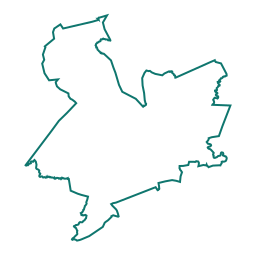 San Luis Acatlán, Guerrero, Mexico
{"feature_id": "50627088B39564204032097", "entity_name": "San Luis Acatlán", "entity_type": "district", "adm_level": 2, "iso_a3": "MEX", "parent_name": "Mexico", "parent_adm1": "Guerrero", "projection": "mercator", "projection_center": [-98.707, 16.871], "detail": "fine", "context": "isolated", "style": "outline", "palette": "teal", "viewbox_px": 256, "rotation_deg": 0, "n_neighbors": 0, "source": "geoboundaries", "source_scale": "gbopen_adm2", "svg_char_len": 5686}
<svg xmlns="http://www.w3.org/2000/svg" viewBox="0 0 256 256"><path d="M25.6,165.2L26.1,165.6L26.6,165.5L27.0,165.1L28.0,165.2L29.3,163.6L30.3,163.5L30.8,163.3L30.7,162.9L30.8,161.9L31.2,161.6L31.8,161.4L32.9,161.8L33.3,161.7L33.5,160.9L34.5,160.0L35.8,161.6L36.5,164.7L36.1,167.9L36.3,168.5L36.8,169.0L38.1,169.5L39.0,170.2L39.3,170.6L39.0,172.0L39.4,172.8L40.2,173.5L40.3,173.7L40.0,174.4L39.5,175.0L39.3,175.8L39.4,176.4L39.8,176.8L40.2,176.9L41.6,176.4L42.3,176.5L43.1,177.5L43.8,177.4L44.4,177.1L45.8,177.7L46.2,177.3L46.4,177.4L46.6,177.4L46.6,177.0L46.9,177.1L47.1,176.7L47.3,177.1L48.4,176.8L48.9,177.0L49.0,176.7L49.5,176.8L49.4,177.0L49.7,177.2L49.9,177.1L50.3,177.4L51.2,177.3L51.8,177.6L52.4,177.5L53.8,177.8L54.2,178.3L54.6,177.6L55.6,178.6L57.0,177.8L57.7,178.0L58.7,178.1L59.1,178.7L59.6,178.4L60.3,178.2L61.0,179.1L61.8,178.3L62.0,177.7L62.4,177.8L62.9,178.0L63.2,178.4L63.8,178.3L64.4,178.7L65.8,178.7L67.4,178.2L67.2,178.7L67.8,179.1L68.8,179.0L70.7,190.7L77.7,193.7L81.4,194.9L88.0,196.6L87.3,199.5L86.3,202.2L86.3,202.6L86.6,203.5L86.2,204.5L84.8,206.1L84.8,206.7L84.2,208.2L84.1,209.0L83.9,209.4L83.3,209.8L83.4,210.5L82.3,211.9L82.3,212.3L80.8,213.1L81.4,214.3L81.3,214.5L81.3,214.9L81.6,215.1L82.5,215.0L82.6,215.3L83.0,215.5L85.4,214.9L86.5,215.6L86.0,218.3L85.4,218.9L84.5,220.3L83.4,220.9L82.4,222.2L81.0,222.3L80.5,222.1L79.8,222.2L79.2,222.7L78.9,223.5L78.4,224.5L76.8,225.0L76.0,225.0L75.5,225.5L74.1,226.0L73.9,226.3L74.1,226.7L75.0,227.5L75.3,227.7L75.8,227.8L76.7,229.6L77.0,230.5L77.3,230.7L77.0,232.2L77.3,233.7L77.2,234.3L74.8,236.5L73.9,237.6L73.0,238.1L72.3,238.7L72.0,239.5L72.5,239.8L73.2,239.4L74.4,239.3L75.9,239.8L77.0,240.6L79.7,240.0L81.4,239.4L89.2,236.1L102.8,226.9L104.1,224.1L104.6,222.9L105.4,222.1L108.0,220.3L111.5,216.9L111.4,216.2L113.2,215.3L118.1,216.7L118.6,216.4L118.0,213.9L116.9,210.7L116.1,209.4L112.3,205.6L111.2,204.1L113.0,203.2L116.0,202.6L155.6,187.2L157.6,190.2L158.2,190.0L158.2,189.7L158.4,189.2L158.7,189.0L159.2,189.0L159.3,188.8L159.1,187.2L159.0,185.7L158.7,184.4L158.5,183.0L165.5,181.3L172.1,180.1L176.2,180.8L180.0,181.9L180.6,176.3L182.0,172.2L181.6,171.9L181.1,170.7L180.3,170.0L179.9,169.3L179.8,168.5L179.5,168.2L179.6,166.0L183.2,165.9L188.3,165.0L189.1,161.8L194.2,161.8L195.1,162.0L196.2,161.2L196.8,161.5L197.1,161.4L198.0,161.4L198.7,162.3L198.9,163.0L198.7,165.0L198.4,166.2L203.4,165.0L206.1,165.4L206.5,164.6L206.6,165.0L207.4,165.8L207.5,166.3L208.6,166.8L208.7,167.1L212.9,165.6L219.1,165.3L220.4,165.4L220.6,164.8L221.7,163.2L221.7,161.8L222.5,161.5L223.5,161.7L224.2,161.6L225.6,161.1L226.1,160.4L226.6,158.9L226.7,158.1L226.5,157.4L225.6,156.3L225.2,156.4L222.9,155.4L222.9,154.8L223.3,154.3L223.3,153.6L222.9,152.7L222.3,152.5L221.5,152.4L221.1,152.7L220.8,153.4L220.9,154.0L220.7,154.7L220.3,155.5L220.0,155.7L218.2,156.0L216.8,157.2L216.1,157.3L215.6,157.7L214.4,157.9L213.8,157.6L213.5,156.7L213.7,156.3L213.7,155.7L213.2,155.1L213.1,154.7L213.1,154.1L213.5,153.7L213.7,152.8L211.0,149.8L209.8,149.0L208.6,148.7L208.2,148.3L207.8,147.8L207.7,147.4L207.9,147.2L208.9,146.7L210.2,146.4L210.6,146.1L211.1,145.4L210.9,144.7L210.6,144.4L209.8,144.1L207.9,143.7L206.7,142.0L208.1,140.4L208.8,138.9L208.7,138.2L211.8,137.2L218.9,136.1L222.4,126.2L230.4,105.5L212.4,104.8L212.6,104.4L213.5,103.8L214.1,102.7L214.1,102.1L214.0,101.2L213.5,100.6L213.2,99.7L214.5,97.9L214.9,97.7L215.9,98.1L216.8,98.1L217.4,98.5L217.9,98.1L218.2,97.4L218.2,96.8L218.1,96.4L216.5,95.8L215.9,95.1L215.9,94.5L216.1,94.3L217.0,93.9L217.2,93.7L217.4,93.2L217.3,92.9L216.3,92.5L215.2,91.5L215.0,90.9L215.0,90.5L215.3,90.3L215.9,90.3L216.4,90.6L216.6,90.6L216.9,90.3L217.0,89.9L216.7,88.7L216.7,88.1L217.9,87.0L218.2,86.1L219.5,85.7L219.7,85.1L219.6,84.8L218.8,84.5L218.7,83.8L217.9,83.0L217.7,81.9L218.1,81.8L219.0,82.1L219.9,81.9L220.2,81.4L219.2,80.8L219.1,80.6L219.1,80.4L219.5,80.0L220.0,79.8L220.5,78.9L220.9,78.7L221.0,78.3L221.7,78.3L222.4,77.8L222.7,77.5L222.7,77.1L223.0,76.8L224.0,76.4L224.2,76.6L224.9,76.3L225.3,76.3L225.4,76.1L226.6,75.7L226.7,75.1L226.5,74.4L226.5,73.9L221.0,63.4L215.7,62.0L215.5,61.4L214.6,60.8L214.6,60.3L210.4,62.1L175.5,77.7L175.3,77.7L175.1,75.6L174.6,75.2L174.1,75.2L173.8,74.6L173.6,73.9L172.5,73.2L172.2,72.9L172.1,72.5L172.3,71.8L172.2,71.5L171.8,71.4L171.1,71.2L170.5,71.8L170.2,71.9L169.7,71.9L169.4,71.4L168.9,71.4L164.4,73.5L162.3,75.3L155.3,73.9L151.8,72.4L149.9,70.9L148.5,71.1L146.4,70.5L144.5,72.9L142.2,78.1L142.6,85.5L144.1,93.0L144.8,100.7L145.0,100.9L145.4,103.0L146.1,103.7L146.0,104.8L144.9,105.6L144.1,105.6L144.1,106.1L143.4,106.4L143.1,106.7L135.8,98.8L122.3,91.8L119.0,84.9L115.4,72.7L113.4,67.5L111.0,60.4L103.9,53.8L103.2,53.7L102.9,53.5L102.2,53.6L101.8,53.3L101.5,53.4L100.9,53.2L101.0,52.9L100.7,52.9L100.6,52.4L100.0,52.1L99.6,51.5L99.1,51.3L98.4,50.4L97.5,49.6L97.2,48.1L96.7,47.2L96.2,47.3L96.1,46.1L95.9,45.9L95.9,45.6L95.6,45.3L95.9,44.6L96.1,43.9L96.6,43.4L97.0,43.2L97.3,42.5L98.2,42.3L98.5,42.3L98.8,41.8L99.2,41.5L100.4,41.2L100.6,40.7L100.6,39.9L100.9,39.3L101.5,39.3L102.1,39.4L102.8,38.8L103.2,38.6L103.8,39.1L104.8,39.0L105.4,39.5L105.9,39.4L107.3,39.5L107.6,39.6L107.8,40.0L108.1,40.3L108.8,40.3L109.2,40.2L110.1,40.6L110.3,40.6L110.4,40.3L109.9,39.2L104.6,29.2L102.9,22.5L107.0,15.4L99.2,17.7L98.9,17.6L98.6,17.8L98.6,18.1L98.3,18.4L98.5,19.2L98.1,18.8L97.8,18.8L98.0,19.0L98.0,19.7L97.7,19.6L97.5,20.2L92.4,21.7L63.1,28.5L60.4,24.4L54.3,28.5L53.0,32.2L54.1,38.7L44.8,46.4L45.4,47.3L42.9,54.6L44.2,59.8L42.2,63.6L44.5,73.2L49.1,80.3L58.0,79.4L55.7,82.2L56.0,83.6L57.0,86.4L60.2,89.3L68.4,93.4L68.7,96.4L70.5,98.8L72.3,99.7L74.9,101.7L76.2,103.2L67.0,112.9L58.9,120.8L51.8,130.5L25.6,165.2Z" fill="none" stroke="#0f766e" stroke-width="2"/></svg>